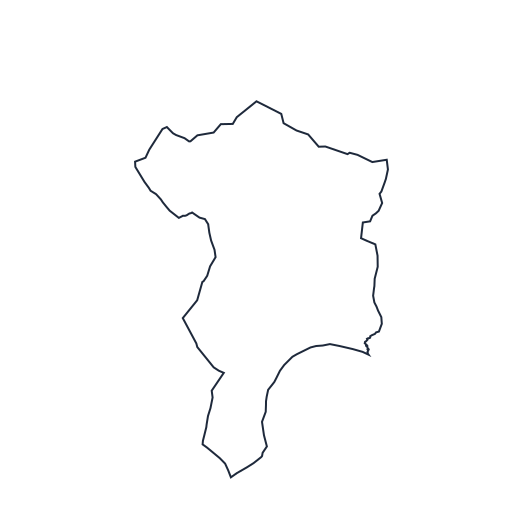 the district of Gwer East, Benue, Nigeria, rotated 140°
{"feature_id": "59680162B99778789604362", "entity_name": "Gwer East", "entity_type": "district", "adm_level": 2, "iso_a3": "NGA", "parent_name": "Nigeria", "parent_adm1": "Benue", "projection": "albers", "projection_center": [8.455, 7.356], "detail": "fine", "context": "isolated", "style": "outline", "palette": "slate", "viewbox_px": 512, "rotation_deg": 140, "n_neighbors": 0, "source": "geoboundaries", "source_scale": "gbopen_adm2", "svg_char_len": 2355}
<svg xmlns="http://www.w3.org/2000/svg" viewBox="0 0 512 512"><g transform="rotate(140 256 256)"><path d="M381.2,98.6L379.9,98.9L377.4,101.0L370.1,103.1L365.1,113.6L358.0,125.1L348.7,130.4L344.0,135.6L341.7,138.3L338.2,141.4L332.7,145.7L323.0,147.7L318.7,149.5L311.4,152.7L304.4,154.4L292.9,155.4L287.8,154.5L273.0,150.9L267.8,148.4L262.4,144.5L256.0,141.0L249.9,133.4L241.7,122.5L236.0,114.1L233.2,108.1L233.1,109.1L233.1,109.6L232.8,109.8L232.7,110.2L232.4,110.4L232.3,110.8L231.8,111.1L231.0,111.3L230.9,111.6L230.6,111.6L230.5,111.8L230.5,112.1L230.1,112.1L230.2,112.4L229.7,112.3L229.5,112.9L229.8,113.5L229.7,114.1L229.0,115.0L228.6,115.4L228.8,115.9L229.4,116.2L229.3,116.6L229.0,117.0L228.5,116.9L228.6,117.6L228.6,118.6L228.8,119.2L228.3,119.6L227.8,120.1L227.1,120.1L226.7,119.9L224.4,120.2L224.2,121.2L223.4,121.1L222.4,120.6L221.7,120.1L221.0,120.1L220.1,121.1L218.4,120.9L215.0,119.9L213.1,120.3L210.4,119.1L203.2,123.2L199.3,128.6L197.6,135.7L196.2,139.8L195.2,144.3L191.8,150.3L186.1,155.6L184.7,156.8L179.7,162.3L169.7,169.5L162.7,178.1L157.1,188.2L161.2,196.1L164.1,202.1L152.6,213.0L146.3,209.2L140.9,212.0L136.8,211.6L133.0,211.8L125.3,215.5L121.4,224.2L118.5,224.8L110.2,229.6L106.9,231.6L99.3,237.5L94.0,245.7L106.5,253.2L113.2,268.2L117.9,274.9L120.4,275.2L132.5,295.3L137.7,299.4L137.9,315.6L144.3,326.1L149.5,340.0L145.3,348.6L156.2,374.2L156.9,374.2L181.5,374.7L188.9,372.1L198.2,379.6L209.1,377.8L223.3,386.1L232.5,386.0L233.6,386.8L235.0,392.2L239.5,400.1L240.7,403.4L241.4,412.1L246.0,413.4L269.3,406.1L277.5,402.3L288.0,406.0L291.0,402.0L291.2,401.6L293.8,384.5L294.3,377.0L294.8,373.7L292.8,367.6L292.5,360.5L292.9,357.0L293.0,351.6L293.0,346.2L290.6,334.8L287.2,334.0L286.1,333.8L284.8,332.6L283.9,332.1L282.6,331.7L281.5,331.6L279.9,331.4L279.5,331.3L279.2,331.1L278.6,330.8L277.9,330.5L277.0,330.4L274.6,321.7L271.4,317.1L272.2,311.0L272.4,310.8L276.8,303.8L280.4,296.8L281.6,293.5L283.8,287.4L287.7,281.1L297.8,277.6L306.1,272.2L312.3,270.4L313.8,270.6L329.5,259.9L352.0,255.5L357.9,227.4L359.5,224.0L360.0,197.9L358.2,192.0L355.8,187.2L376.5,181.3L380.2,175.5L388.7,168.7L395.6,164.3L402.1,158.7L404.1,156.8L411.5,151.4L415.4,148.6L418.0,146.0L417.3,143.3L416.7,140.9L413.7,124.5L413.1,116.8L415.1,109.6L417.5,102.6L410.3,102.0L398.4,99.9L391.0,98.9L381.2,98.6Z" fill="none" stroke="#1e293b" stroke-width="2"/></g></svg>